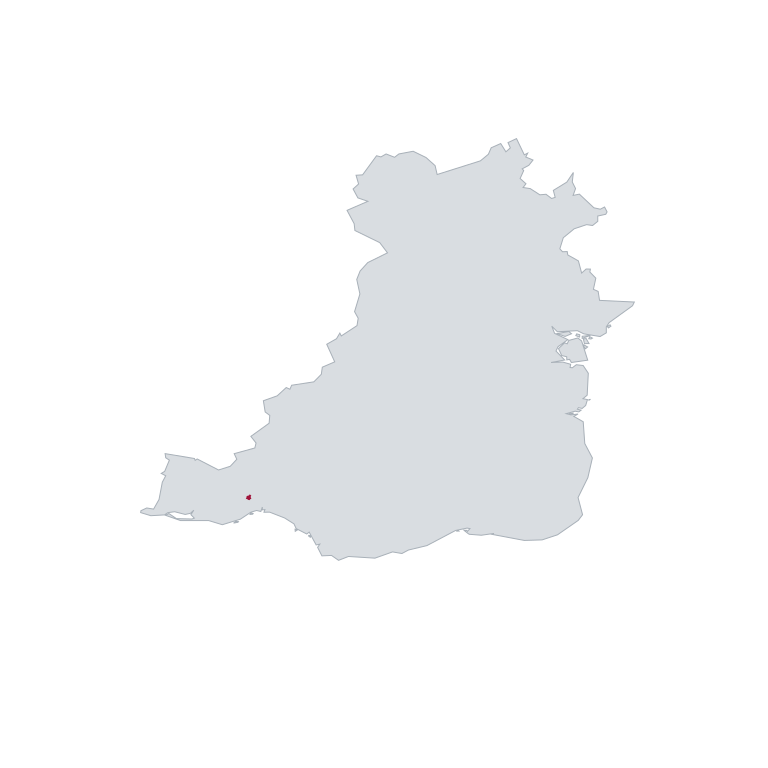 location of Antônio Olinto, Paraná, Brazil, rotated 65°
{"feature_id": "56859067B14097519009978", "entity_name": "Antônio Olinto", "entity_type": "district", "adm_level": 2, "iso_a3": "BRA", "parent_name": "Brazil", "parent_adm1": "Paraná", "projection": "equal_earth", "projection_center": [-50.135, -25.945], "detail": "fine", "context": "in_parent", "style": "filled", "palette": "rose", "viewbox_px": 768, "rotation_deg": 65, "n_neighbors": 0, "source": "geoboundaries", "source_scale": "gbopen_adm2", "svg_char_len": 4820}
<svg xmlns="http://www.w3.org/2000/svg" viewBox="0 0 768 768"><g transform="rotate(65 384 384)"><path d="M249.6,167.2L255.3,173.8L262.5,170.7L264.7,174.9L268.7,168.9L278.4,162.8L280.5,157.0L286.7,153.7L287.2,150.0L280.1,148.7L278.3,133.0L272.3,123.0L280.5,128.0L287.8,127.8L293.0,132.9L294.5,126.7L313.0,119.3L317.0,114.1L316.8,109.3L322.3,109.1L323.9,111.3L322.1,119.3L326.9,121.5L328.5,128.0L325.2,133.0L323.7,146.0L327.2,159.7L335.8,167.5L339.6,166.3L341.4,162.0L344.7,162.9L354.6,155.8L367.0,158.0L365.2,152.2L367.1,148.4L369.5,150.1L377.6,147.3L386.7,154.2L390.6,150.8L399.3,153.3L415.5,122.5L418.1,125.7L423.5,154.0L426.2,158.4L431.6,160.9L432.3,168.1L423.0,181.7L417.4,186.2L409.9,204.8L402.5,207.5L410.2,208.0L421.5,198.6L423.7,210.5L426.8,214.2L438.6,210.1L435.1,223.5L439.7,212.7L445.0,206.5L447.7,208.4L448.9,206.4L447.8,201.6L451.4,195.7L460.6,194.3L480.0,204.6L481.4,209.9L484.1,206.2L488.7,210.3L489.9,214.7L487.6,217.8L488.6,219.4L491.0,216.4L491.6,219.2L489.4,222.3L487.9,231.4L491.0,227.6L493.2,220.8L493.6,225.7L502.4,219.4L522.8,227.2L539.1,226.4L555.0,238.8L568.9,256.1L586.4,259.3L589.7,265.6L594.0,290.5L592.1,306.6L585.1,322.9L565.9,349.7L565.9,347.5L562.2,359.7L556.2,370.3L553.4,371.9L551.4,367.2L549.7,369.6L547.0,381.0L548.6,413.4L544.8,432.0L545.2,439.4L539.8,447.2L538.0,465.8L525.3,489.1L524.6,499.7L517.2,504.0L513.5,512.9L504.0,513.2L502.0,509.8L501.2,513.5L486.6,514.4L487.3,517.4L477.9,524.7L472.7,524.7L463.4,530.7L451.8,541.8L449.5,547.0L447.5,545.0L446.7,547.4L444.1,546.3L447.5,549.5L444.8,552.9L443.9,558.7L445.8,571.3L443.2,590.0L433.6,600.7L421.8,626.1L410.7,637.5L410.5,633.7L418.3,629.0L425.2,615.1L425.4,612.6L420.8,614.2L418.0,609.7L419.4,614.1L418.2,619.3L411.3,627.7L409.2,634.4L409.9,638.2L404.8,651.0L397.7,658.9L396.1,657.8L396.1,651.4L400.0,645.7L393.6,636.7L379.3,626.4L374.9,620.6L370.9,623.7L370.5,619.7L362.3,610.7L358.6,613.0L354.6,611.8L371.4,587.3L373.4,587.4L373.0,585.0L392.0,570.3L393.6,558.1L390.0,549.2L383.8,549.2L387.4,528.1L383.4,524.9L375.2,526.8L371.0,504.7L364.2,500.8L359.1,503.5L348.2,500.4L349.6,485.8L345.9,474.1L349.0,471.5L346.1,468.2L352.4,446.7L348.7,436.7L342.7,432.8L343.1,419.3L323.8,419.1L322.9,407.9L319.2,402.5L322.4,402.4L319.7,383.8L313.5,379.6L306.0,380.1L292.2,367.8L277.7,364.5L271.5,357.9L267.1,347.4L266.6,325.4L254.1,328.1L232.6,345.5L226.1,343.3L211.0,344.1L211.6,321.4L204.3,329.0L194.2,329.6L192.0,322.5L183.0,321.1L185.4,315.0L174.0,294.3L176.9,290.8L176.4,284.9L183.0,278.6L181.8,273.3L185.4,259.2L196.5,250.2L207.7,245.4L216.6,247.3L222.5,202.3L219.9,192.3L215.2,187.0L215.4,176.6L225.1,175.4L223.4,169.7L217.6,169.6L217.6,160.2L235.6,160.0L235.5,156.2L238.2,159.6L244.0,154.3L247.0,160.3L247.4,167.8L249.6,167.2ZM428.5,186.7L448.5,189.3L443.7,205.1L440.1,205.4L439.4,208.1L436.5,206.9L433.3,210.9L425.7,210.9L423.0,202.9L425.0,201.0L422.6,198.1L424.2,188.9L428.5,186.7ZM411.5,205.7L414.5,194.4L417.7,192.8L417.4,199.8L411.5,205.7ZM434.0,181.1L432.1,185.3L427.5,184.3L428.2,181.6L434.0,181.1ZM427.2,176.4L426.4,185.1L424.5,184.2L427.2,176.4ZM437.2,186.6L434.3,187.0L433.0,186.3L436.5,183.8L437.2,186.6ZM424.1,186.9L421.2,189.7L420.0,188.2L422.1,185.7L424.1,186.9ZM429.5,179.3L428.1,177.5L430.5,175.7L430.7,177.4L429.5,179.3ZM428.0,156.9L426.3,157.3L425.9,154.1L427.5,153.9L428.0,156.9ZM446.5,579.1L445.9,576.5L447.2,574.1L447.6,574.8L446.5,579.1ZM479.6,523.7L480.0,526.7L478.0,526.0L479.6,523.7ZM445.6,560.5L444.7,559.0L446.0,557.3L446.5,558.0L445.6,560.5ZM490.5,225.7L489.3,229.0L490.5,224.4L490.5,225.7ZM552.3,372.5L550.3,373.3L551.6,370.8L552.3,372.5ZM491.8,515.6L489.8,516.6L489.4,516.0L490.7,514.7L491.8,515.6ZM548.9,378.3L548.2,380.0L547.7,378.9L548.9,378.3ZM485.2,203.3L485.3,205.1L484.7,204.9L485.2,203.3Z" fill="#d9dde1" stroke="#a8b0b8" stroke-width="1"/><path d="M431.2,555.1L431.1,554.9L431.3,554.9L431.3,555.0L431.4,554.9L431.5,554.8L431.4,554.7L431.4,554.4L431.2,554.2L430.9,554.1L430.9,553.7L431.0,553.5L430.9,553.5L430.8,553.4L430.7,553.4L430.6,553.5L430.4,553.5L430.2,553.6L429.9,553.5L429.9,553.4L429.7,553.4L429.4,553.3L429.4,553.2L429.4,553.3L429.3,553.2L429.2,552.9L429.1,552.7L428.9,552.5L428.8,552.4L428.7,552.5L428.6,552.8L428.4,552.8L428.5,553.0L428.7,553.3L428.8,553.4L428.8,553.5L428.8,553.8L428.8,554.0L428.8,554.4L428.8,554.5L428.7,554.6L428.6,554.8L428.5,555.0L428.5,555.3L428.4,555.3L428.4,555.5L428.5,555.7L428.5,555.4L428.6,555.5L428.8,555.7L428.8,555.8L429.0,555.8L429.2,556.0L429.3,556.1L429.3,555.9L429.5,555.8L429.5,555.7L429.4,555.5L429.3,555.4L429.5,555.3L429.6,555.5L429.6,555.8L429.6,555.7L429.8,555.6L429.8,555.8L429.9,555.7L430.0,555.7L430.0,555.8L430.0,555.7L430.2,555.4L430.3,555.3L430.3,555.5L430.4,555.4L430.5,555.4L430.5,555.5L430.6,555.4L430.8,555.4L430.9,555.5L431.0,555.5L431.0,555.4L431.0,555.2L431.2,555.1Z" fill="#f43f5e" stroke="#9f1239" stroke-width="1.5"/></g></svg>